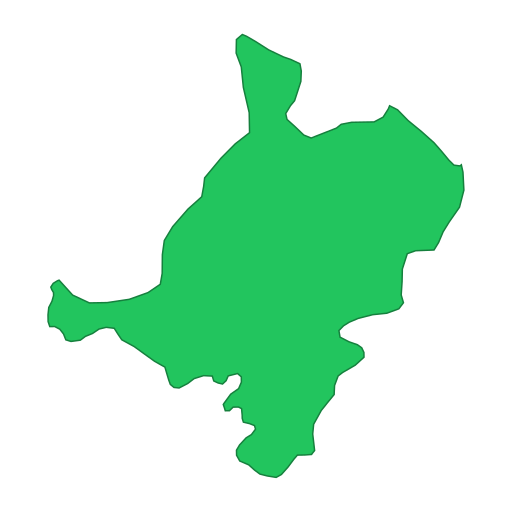 the border of Štip, rotated 269°
{"feature_id": "MKD-2911", "entity_name": "Štip", "entity_type": "Statistical Region", "adm_level": 1, "iso_a3": "MKD", "parent_name": "North Macedonia", "parent_adm1": "", "projection": "orthographic", "projection_center": [22.131, 41.705], "detail": "fine", "context": "isolated", "style": "filled", "palette": "green", "viewbox_px": 512, "rotation_deg": 269, "n_neighbors": 0, "source": "natural_earth", "source_scale": "10m", "svg_char_len": 2221}
<svg xmlns="http://www.w3.org/2000/svg" viewBox="0 0 512 512"><g transform="rotate(269 256 256)"><path d="M152.9,362.2L145.1,353.3L138.1,340.7L134.6,336.0L125.2,332.3L116.1,331.7L107.5,324.4L104.9,322.3L100.5,318.6L86.8,310.7L77.0,309.6L60.5,311.2L57.6,308.8L56.6,308.1L56.2,301.2L56.2,293.9L52.0,290.2L44.5,284.4L37.1,277.6L34.3,272.3L35.9,263.4L37.9,256.1L41.9,250.9L47.3,245.1L51.3,236.2L57.1,233.1L62.2,233.1L67.4,236.3L74.4,243.0L77.5,248.3L82.9,252.5L86.5,251.5L88.5,246.7L90.1,240.5L93.9,239.4L97.1,239.4L103.7,238.9L105.3,235.8L105.3,230.5L101.8,226.8L101.8,222.6L105.3,221.6L108.1,220.7L109.6,221.7L118.3,228.3L123.7,236.3L130.1,239.2L135.5,239.2L138.8,235.5L136.6,226.1L131.8,223.9L128.6,220.3L129.7,215.9L131.8,211.6L136.7,210.2L137.3,201.5L134.5,192.0L129.7,185.5L125.4,176.8L126.0,171.7L129.1,168.1L133.5,166.6L141.0,164.5L146.5,163.0L152.4,152.9L160.0,142.7L167.6,132.6L174.6,120.3L180.3,116.6L186.2,113.0L187.3,105.0L185.7,97.8L181.4,91.2L178.6,84.0L174.9,78.9L173.8,69.5L175.5,64.4L181.4,62.2L186.2,58.6L189.0,53.5L189.0,48.6L194.0,47.0L200.8,47.0L208.2,47.9L214.3,51.2L219.9,52.9L223.0,52.9L226.0,51.2L228.5,50.3L232.2,52.8L234.7,57.0L235.3,58.7L220.1,72.0L212.0,88.6L212.0,106.4L214.9,128.5L221.3,147.4L229.4,159.8L240.2,161.9L259.0,162.4L273.1,164.6L286.8,173.2L304.1,188.8L316.2,202.8L326.6,204.9L335.0,206.0L354.4,222.7L368.5,237.2L379.4,251.7L399.4,251.7L424.8,246.3L445.3,244.6L459.2,239.7L472.8,240.2L477.7,246.2L475.9,250.3L470.4,259.4L461.9,272.2L454.6,286.8L451.9,294.2L447.4,303.3L440.1,304.5L429.8,303.9L419.3,300.3L410.6,297.3L405.6,293.0L397.9,288.2L392.0,289.4L385.2,296.7L376.1,305.9L373.0,313.2L376.6,322.9L382.5,338.7L386.2,343.5L388.0,353.9L388.0,367.2L388.0,376.4L392.6,385.5L400.8,390.9L403.9,392.2L399.7,400.1L388.8,410.4L377.4,423.8L366.1,436.0L357.5,443.3L348.4,450.6L343.4,455.5L342.5,461.5L343.6,462.9L336.2,464.4L318.2,465.0L301.2,460.3L286.7,449.8L276.9,443.5L266.3,438.8L258.9,434.1L258.5,415.7L255.7,407.3L240.4,402.1L227.8,401.6L214.5,400.5L206.7,402.6L200.7,397.9L196.5,385.8L195.3,371.7L191.8,357.0L188.2,348.1L184.7,342.3L180.0,337.6L173.4,338.6L168.6,347.5L165.5,355.9L162.4,360.1L157.7,362.2L152.9,362.2Z" fill="#22c55e" stroke="#15803d" stroke-width="1.5"/></g></svg>